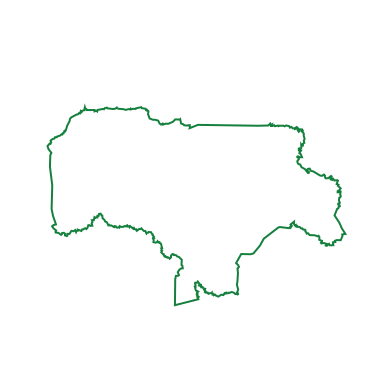 outline of Phayakkhaphum Phisai, Maha Sarakham, Thailand, rotated 164°
{"feature_id": "78962969B19409562021129", "entity_name": "Phayakkhaphum Phisai", "entity_type": "district", "adm_level": 2, "iso_a3": "THA", "parent_name": "Thailand", "parent_adm1": "Maha Sarakham", "projection": "natural_earth1", "projection_center": [103.233, 15.531], "detail": "fine", "context": "isolated", "style": "outline", "palette": "green", "viewbox_px": 384, "rotation_deg": 164, "n_neighbors": 0, "source": "geoboundaries", "source_scale": "gbopen_adm2", "svg_char_len": 5949}
<svg xmlns="http://www.w3.org/2000/svg" viewBox="0 0 384 384"><g transform="rotate(164 192 192)"><path d="M318.3,275.9L318.1,272.8L316.4,268.4L318.0,266.6L321.6,255.4L324.5,236.9L331.6,214.5L332.2,207.3L331.7,198.3L334.1,198.4L335.9,197.6L335.1,195.1L333.2,192.5L334.2,191.3L334.2,190.6L331.6,189.5L329.7,186.9L328.9,187.1L328.1,188.4L326.4,188.1L325.6,186.9L326.1,185.3L324.3,184.1L323.8,184.4L323.4,186.1L321.3,185.5L318.6,187.9L316.8,186.9L314.7,187.6L314.5,185.5L313.7,186.5L312.3,186.3L312.1,187.3L309.1,185.0L308.0,186.3L306.5,186.0L305.5,186.6L304.4,186.5L303.8,185.5L302.5,186.2L300.8,188.7L299.6,188.3L299.2,187.5L297.1,187.1L297.1,189.6L296.0,190.5L296.0,192.5L294.1,192.0L292.7,194.7L291.9,193.7L291.0,194.1L290.0,193.6L289.5,195.2L288.3,194.8L287.5,196.5L285.8,196.4L285.4,194.6L284.7,194.1L285.2,191.5L283.8,189.2L283.7,187.7L282.2,186.4L281.6,183.0L280.7,183.3L280.3,182.5L278.8,182.1L276.5,179.6L276.0,179.7L275.7,180.5L274.7,180.0L274.3,178.7L273.7,178.3L272.4,178.4L271.7,177.8L270.9,179.1L269.8,178.0L267.3,177.4L266.5,177.9L264.5,177.0L264.3,177.6L263.5,177.9L263.0,176.5L261.7,176.5L261.7,175.6L260.9,176.3L258.7,173.0L258.2,173.8L257.7,173.6L257.8,172.3L256.2,171.5L256.0,170.5L255.5,171.0L255.0,170.1L253.4,170.9L251.4,170.6L250.7,171.0L249.2,168.0L247.6,167.3L247.2,164.6L246.3,165.3L245.6,165.0L244.7,165.5L242.4,164.6L242.2,163.2L241.4,162.0L241.8,161.4L240.9,159.5L241.8,158.9L241.3,158.1L242.3,157.9L242.0,156.5L242.9,154.5L241.2,153.4L239.5,153.5L238.7,154.2L238.3,152.8L237.1,152.8L237.2,151.9L236.1,151.0L236.2,146.3L237.0,146.3L236.7,145.6L237.6,144.3L237.0,143.6L238.2,142.5L236.9,140.0L236.3,139.9L236.5,138.4L235.7,137.1L235.1,137.5L233.9,135.7L233.3,136.0L232.3,135.0L231.9,134.0L230.1,135.0L229.8,136.4L229.1,137.1L227.8,137.7L226.9,137.3L226.9,136.5L224.7,135.6L224.0,134.1L222.5,133.2L220.5,129.6L222.2,124.8L221.6,123.9L221.9,121.2L223.5,121.5L225.6,120.8L227.8,118.8L227.4,115.7L228.3,115.3L230.6,115.8L232.2,112.7L239.6,87.9L215.5,87.2L215.6,88.3L214.9,88.9L215.6,89.6L214.7,89.9L215.6,91.1L215.2,91.9L215.5,92.4L214.7,92.6L214.9,93.9L213.5,94.6L215.4,96.3L215.4,99.4L214.8,99.7L215.3,100.5L214.2,101.4L214.3,103.5L213.8,103.9L212.1,103.4L211.1,104.3L210.1,101.6L211.1,100.2L210.0,99.6L209.9,100.4L208.9,100.3L209.0,99.0L209.6,98.8L209.4,97.8L208.0,97.7L207.3,94.9L206.5,95.6L206.1,95.3L206.8,94.7L206.4,93.5L207.2,92.1L206.4,91.4L205.6,91.6L205.0,90.6L204.5,90.8L204.1,89.6L202.4,89.8L201.3,89.3L200.7,89.7L200.8,89.1L200.2,88.8L200.4,87.9L199.8,88.0L199.6,87.0L199.0,87.4L198.3,86.6L197.9,86.7L197.8,86.1L195.6,84.2L192.1,85.2L190.2,84.3L189.2,85.3L188.6,85.0L188.1,85.9L186.6,85.8L186.5,85.0L185.0,84.7L184.1,85.1L183.7,84.7L181.3,84.9L179.1,83.3L178.5,81.9L177.2,81.9L176.6,81.0L175.9,81.1L175.8,82.1L176.4,82.9L174.5,85.5L174.4,90.7L173.2,92.9L170.2,101.3L169.3,106.0L167.5,107.0L167.8,109.1L169.2,111.5L161.8,118.8L152.7,116.0L149.9,116.0L141.5,121.7L135.9,127.3L118.8,134.1L117.2,134.1L108.7,130.5L107.4,131.3L107.1,130.5L105.4,131.9L106.2,133.6L102.1,135.3L102.8,133.3L102.4,131.8L101.3,131.8L101.7,130.5L100.4,130.4L100.6,129.6L98.1,128.6L97.1,126.8L96.0,126.6L95.6,125.4L93.5,124.4L93.9,122.8L93.2,121.7L93.2,120.4L91.8,120.3L90.8,118.2L90.1,117.9L86.0,116.6L83.5,114.8L82.4,115.0L82.0,113.5L82.8,110.9L80.5,109.2L81.0,108.1L82.0,107.8L81.8,106.9L79.3,106.6L77.4,105.4L77.0,105.1L78.2,103.7L77.3,103.1L76.3,104.0L74.6,104.4L74.6,103.0L74.2,102.8L70.8,101.9L70.4,104.8L68.1,104.4L68.1,105.7L66.2,105.9L62.3,104.7L59.5,108.2L59.3,109.8L56.1,109.4L58.0,115.8L58.8,121.7L61.4,130.2L57.2,135.7L55.7,136.1L55.2,137.2L53.9,137.5L53.7,138.6L54.9,139.5L54.8,140.4L52.9,140.9L53.1,143.4L52.0,145.9L51.0,146.0L50.1,147.0L50.3,148.5L49.0,151.5L50.2,152.4L50.2,151.5L50.8,151.2L52.1,151.6L51.7,152.7L49.9,153.0L48.1,154.5L50.0,157.7L49.2,158.6L50.8,159.8L48.6,162.7L49.1,163.3L51.9,163.8L52.8,166.1L53.2,166.2L53.8,165.0L55.0,165.7L55.3,166.3L53.5,168.4L53.9,169.1L57.4,167.7L59.8,168.4L60.1,170.1L59.7,171.1L60.4,172.4L62.7,171.7L64.4,172.6L69.7,178.3L72.1,179.8L72.4,182.0L74.2,182.3L75.2,181.8L75.4,181.2L74.1,178.9L74.5,178.2L75.3,178.3L77.1,182.8L79.9,185.7L80.4,188.6L81.5,189.1L82.4,190.3L82.3,192.6L80.1,194.3L80.0,195.5L81.2,196.3L81.0,197.0L80.2,197.1L79.0,195.8L76.7,195.1L77.0,198.2L78.1,199.8L75.9,201.7L77.8,202.4L77.5,204.1L76.8,204.5L75.8,203.5L74.8,204.2L73.9,207.6L73.4,206.2L72.7,206.0L72.0,207.8L70.5,208.3L70.4,210.4L69.1,212.0L69.1,215.4L68.4,217.3L69.8,220.2L69.6,220.6L68.6,220.5L68.9,221.8L71.3,222.6L72.0,220.8L72.8,220.5L73.3,222.2L72.4,223.8L73.4,225.6L74.4,225.3L74.3,224.1L75.8,224.1L76.0,225.1L77.6,225.4L78.6,227.2L80.1,226.9L80.4,228.5L83.1,230.0L84.8,229.6L85.8,230.5L89.6,231.6L90.6,231.4L91.0,232.2L94.0,232.3L94.7,233.7L96.1,233.2L97.6,233.6L96.7,234.9L98.0,234.6L98.0,236.2L100.4,234.9L110.3,237.5L167.8,254.9L176.6,254.0L175.9,255.2L176.3,255.9L175.8,256.9L179.3,257.5L181.2,258.4L181.6,259.4L183.6,260.8L183.3,265.3L183.9,265.0L188.0,266.4L191.2,264.7L196.2,264.1L198.2,264.9L200.4,264.8L201.1,265.7L201.7,264.9L202.4,265.6L203.2,265.4L204.3,266.8L204.8,269.9L207.7,271.7L209.8,272.3L212.5,274.4L212.8,279.0L211.6,281.6L212.4,283.0L212.8,282.6L213.6,283.2L213.6,284.8L217.1,286.4L217.4,287.5L222.8,287.9L223.3,287.4L226.1,288.3L227.9,288.2L228.1,289.0L228.8,288.5L229.8,289.1L233.3,289.3L235.2,290.6L239.8,292.3L240.9,293.2L241.0,293.9L242.8,293.2L245.2,293.6L250.4,295.8L250.5,296.5L251.0,296.6L252.5,296.7L253.8,295.8L254.2,296.3L260.1,296.9L260.9,295.6L261.4,296.4L263.5,296.4L263.1,297.7L270.8,299.8L270.6,300.7L271.6,302.0L271.6,303.0L273.1,300.3L275.3,300.3L276.1,299.3L276.6,300.4L278.1,298.4L278.8,299.0L280.3,298.1L281.5,298.3L287.5,297.0L289.3,295.8L290.0,294.0L293.9,289.9L296.2,286.2L297.0,286.1L297.2,285.3L297.9,285.7L299.2,283.9L299.9,284.1L300.8,283.0L301.6,283.5L303.1,282.6L306.3,282.5L306.8,281.9L308.5,282.4L309.5,281.3L311.2,281.4L313.8,280.4L313.7,278.5L314.8,277.3L315.5,277.8L318.3,275.9Z" fill="none" stroke="#15803d" stroke-width="2"/></g></svg>